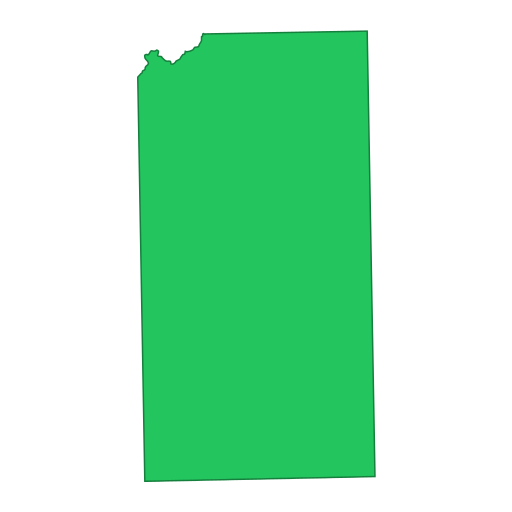 an SVG outline of Kansas, rotated 269°
{"feature_id": "USA-3530", "entity_name": "Kansas", "entity_type": "State", "adm_level": 1, "iso_a3": "USA", "parent_name": "United States of America", "parent_adm1": "", "projection": "mercator", "projection_center": [-97.125, 38.5], "detail": "fine", "context": "isolated", "style": "filled", "palette": "green", "viewbox_px": 512, "rotation_deg": 269, "n_neighbors": 0, "source": "natural_earth", "source_scale": "10m", "svg_char_len": 2624}
<svg xmlns="http://www.w3.org/2000/svg" viewBox="0 0 512 512"><g transform="rotate(269 256 256)"><path d="M33.4,371.1L33.4,364.0L33.4,357.0L33.3,349.9L33.3,342.8L33.3,335.7L33.3,328.6L33.2,321.5L33.2,314.4L33.2,307.3L33.2,300.2L33.2,293.0L33.1,285.9L33.1,278.7L33.1,271.6L33.1,264.4L33.0,257.2L33.0,250.0L33.0,242.8L33.0,235.6L33.0,228.4L32.9,221.1L32.9,213.9L32.9,206.6L32.9,199.4L32.8,192.1L32.8,184.8L32.8,177.5L32.8,170.2L32.8,162.9L32.7,155.6L32.7,148.3L32.7,140.9L46.9,140.9L59.5,140.9L72.0,140.9L84.6,140.9L97.2,140.9L109.8,140.9L122.4,140.9L135.0,140.9L147.5,140.9L160.1,140.9L172.7,140.9L185.3,140.9L197.9,140.9L210.4,140.9L223.0,140.9L235.6,140.9L248.2,140.9L260.8,140.9L273.3,140.9L285.9,140.9L298.5,140.9L311.1,140.9L323.7,140.9L336.2,140.9L348.8,140.9L361.4,140.9L374.0,140.9L386.6,140.9L399.1,140.9L411.7,140.9L424.3,140.9L436.9,140.9L440.3,144.1L441.1,145.3L441.7,145.5L442.5,145.6L443.0,145.9L443.4,146.5L443.7,147.2L443.9,147.8L444.5,148.2L445.0,148.4L446.2,148.5L446.9,148.8L447.6,149.3L449.2,151.2L450.5,151.8L451.9,151.4L453.1,150.6L454.9,149.0L455.8,148.5L456.8,148.3L458.3,148.2L459.0,148.6L459.4,149.6L459.4,150.7L458.9,151.4L459.8,152.5L462.4,154.1L463.0,154.9L462.9,155.7L462.6,157.3L462.6,158.2L462.8,159.1L463.2,159.7L463.6,160.2L463.4,161.1L462.5,162.1L461.2,162.0L458.3,161.1L457.8,161.4L457.4,162.0L457.3,162.8L457.1,164.7L456.7,165.2L456.2,165.4L455.6,165.9L453.7,167.8L452.7,169.1L452.3,170.5L452.4,172.2L452.3,173.0L452.1,173.7L451.4,174.1L449.8,174.2L449.4,174.5L449.3,176.0L450.0,177.6L451.1,178.8L452.1,179.3L452.5,179.9L453.8,182.6L454.4,183.5L454.9,183.8L456.0,184.3L458.5,186.2L458.7,186.6L459.0,187.9L459.3,188.3L461.9,188.9L461.4,190.3L461.9,193.4L463.2,196.5L465.2,197.9L465.8,198.6L465.9,200.3L466.2,201.9L467.3,202.7L468.5,203.0L471.2,204.8L472.5,205.3L474.3,205.3L475.2,205.4L475.8,205.3L476.1,205.3L476.4,205.6L476.6,206.3L476.8,206.4L478.2,206.5L479.2,206.9L479.3,207.6L478.5,208.5L478.5,208.8L478.6,209.1L478.9,209.2L478.9,209.7L478.9,215.4L478.9,225.2L478.9,235.1L478.9,244.9L478.9,254.7L478.9,264.5L478.9,274.3L478.9,284.0L478.9,293.8L478.9,303.5L478.9,313.2L478.9,322.9L478.9,332.6L478.9,342.2L478.9,351.9L478.9,361.5L478.9,371.1L465.0,371.1L451.1,371.1L437.2,371.1L423.4,371.1L409.5,371.1L395.6,371.1L381.8,371.1L367.9,371.1L354.0,371.1L340.2,371.1L326.3,371.1L312.4,371.1L298.5,371.1L284.7,371.1L270.8,371.1L256.9,371.1L243.1,371.1L229.2,371.1L215.3,371.1L201.5,371.1L187.6,371.1L173.7,371.1L159.8,371.1L146.0,371.1L132.1,371.1L118.2,371.1L104.4,371.1L90.5,371.1L76.6,371.1L62.7,371.1L48.9,371.1L33.4,371.1Z" fill="#22c55e" stroke="#15803d" stroke-width="1.5"/></g></svg>